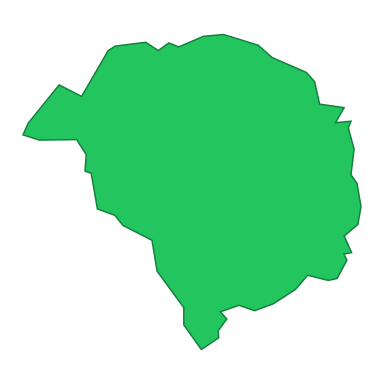 outline of Zajas, Zajas, North Macedonia
{"feature_id": "65306769B7192425425597", "entity_name": "Zajas", "entity_type": "district", "adm_level": 2, "iso_a3": "MKD", "parent_name": "North Macedonia", "parent_adm1": "Zajas", "projection": "albers", "projection_center": [20.901, 41.603], "detail": "fine", "context": "isolated", "style": "filled", "palette": "green", "viewbox_px": 384, "rotation_deg": 0, "n_neighbors": 0, "source": "geoboundaries", "source_scale": "gbopen_adm2", "svg_char_len": 768}
<svg xmlns="http://www.w3.org/2000/svg" viewBox="0 0 384 384"><path d="M201.3,349.5L218.7,337.9L218.3,330.7L226.8,319.0L220.4,311.8L239.0,305.3L254.6,310.7L273.1,303.9L295.4,289.5L307.7,275.3L328.3,280.4L337.1,278.5L346.9,260.2L343.9,254.0L351.6,252.6L344.2,236.1L357.9,224.4L361.0,206.5L357.0,183.4L351.0,174.7L354.1,149.0L348.3,127.9L351.0,121.2L335.6,122.7L344.1,107.7L319.6,104.1L314.6,81.6L306.3,72.4L272.2,57.6L258.2,45.2L223.5,34.5L203.5,36.3L178.7,46.9L168.8,42.9L158.3,50.6L145.7,42.3L115.2,46.1L108.1,50.7L81.6,96.4L59.1,84.9L28.4,122.9L23.0,134.9L39.3,140.1L76.6,139.6L86.2,154.6L85.0,171.1L91.2,173.3L97.4,209.0L114.8,215.3L123.0,225.5L152.0,240.3L157.1,271.2L183.8,307.6L183.8,324.9L201.3,349.5Z" fill="#22c55e" stroke="#15803d" stroke-width="1.5"/></svg>